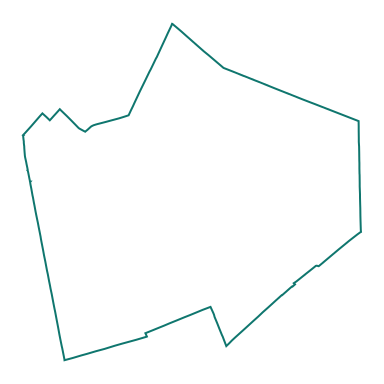 Sandra, Timis, Romania (Albers equal-area conic projection)
{"feature_id": "2599482B18358712742029", "entity_name": "Sandra", "entity_type": "district", "adm_level": 2, "iso_a3": "ROU", "parent_name": "Romania", "parent_adm1": "Timis", "projection": "albers", "projection_center": [20.888, 45.925], "detail": "fine", "context": "isolated", "style": "outline", "palette": "teal", "viewbox_px": 384, "rotation_deg": 0, "n_neighbors": 0, "source": "geoboundaries", "source_scale": "gbopen_adm2", "svg_char_len": 2823}
<svg xmlns="http://www.w3.org/2000/svg" viewBox="0 0 384 384"><path d="M146.7,336.7L146.9,336.6L145.4,333.2L152.6,330.3L157.5,328.3L164.2,325.6L169.6,323.3L177.3,320.2L184.6,317.2L189.7,315.2L195.3,312.9L202.8,309.8L210.5,306.9L213.3,313.0L214.0,314.7L214.6,317.0L217.2,323.2L219.2,328.3L222.0,335.2L222.7,336.6L224.2,340.6L226.3,346.1L229.0,343.5L232.0,340.4L235.0,337.6L242.1,331.2L246.3,327.4L253.3,321.0L258.2,316.6L262.7,312.3L267.9,307.7L275.7,300.6L281.8,295.1L282.1,295.2L289.9,288.3L291.4,287.0L292.2,286.4L292.5,286.6L295.0,284.4L293.8,283.2L296.3,281.5L300.2,278.4L305.9,273.8L312.1,268.9L315.2,266.4L315.8,265.9L316.7,265.7L317.6,265.9L318.2,266.1L318.7,266.2L319.8,265.3L325.5,260.5L332.5,254.6L338.7,249.4L342.0,246.7L349.3,240.7L357.4,234.4L360.7,232.0L361.0,231.9L360.8,230.0L360.5,219.9L360.4,215.7L360.3,208.2L360.2,205.0L360.0,197.4L360.0,194.3L359.7,186.4L359.7,183.2L359.6,174.9L359.5,173.6L359.4,168.5L359.4,163.2L359.3,160.4L359.2,152.0L359.1,146.7L358.8,141.8L358.8,137.9L358.7,130.6L358.7,126.4L358.6,121.1L332.9,111.1L314.4,103.9L311.2,102.7L302.4,99.3L274.4,88.2L257.1,81.2L255.5,80.6L244.3,76.1L243.8,76.0L232.7,71.5L223.5,67.9L215.3,60.9L208.6,55.2L203.8,51.3L199.5,47.5L192.9,41.7L186.1,35.7L181.4,31.5L178.7,29.2L172.4,23.9L172.1,23.8L171.2,26.1L167.8,33.2L165.8,37.6L162.4,44.9L158.2,54.0L157.2,56.2L156.9,56.9L155.9,58.6L153.6,63.4L150.7,69.4L149.5,71.6L145.2,80.5L142.5,86.0L139.9,91.3L138.4,94.5L134.4,103.0L133.0,106.1L131.0,110.2L128.8,114.9L128.6,115.3L128.0,115.5L123.4,117.0L119.2,118.3L114.0,119.7L111.0,120.5L105.5,122.0L100.1,123.4L97.0,124.2L95.6,124.6L94.4,125.0L93.7,125.2L92.2,125.9L91.3,126.4L90.9,126.7L87.4,129.9L86.0,131.0L85.2,131.7L82.9,130.5L79.1,128.4L78.3,127.7L75.7,125.0L71.0,120.2L66.7,115.9L61.5,110.9L59.8,109.2L58.5,110.7L55.7,113.8L53.6,116.1L51.2,118.8L49.8,120.3L46.4,117.0L42.4,113.4L40.5,115.5L39.6,116.5L31.2,126.2L24.8,133.3L23.0,135.2L23.3,135.4L23.1,135.5L23.5,139.4L23.8,141.4L23.8,142.7L23.9,143.8L24.1,145.5L24.2,145.9L24.3,148.3L24.6,152.4L24.8,154.8L24.9,155.9L25.1,157.2L25.5,159.0L26.2,162.2L26.5,163.9L27.3,167.7L27.7,169.8L27.4,170.2L27.7,170.5L28.1,172.0L29.4,178.6L29.8,180.4L29.9,181.2L30.3,181.6L30.5,181.6L30.1,182.1L30.5,184.6L31.3,188.6L32.5,195.4L33.0,197.6L33.9,202.7L34.5,205.7L35.5,211.2L36.1,214.3L37.3,220.1L37.9,222.9L38.7,227.2L39.3,230.2L39.6,231.7L40.6,236.8L40.9,238.8L41.5,242.0L42.3,246.1L43.1,250.2L44.0,255.2L44.6,258.1L45.3,261.5L46.1,265.8L47.0,270.6L47.8,274.2L49.1,281.2L50.0,285.6L50.5,288.4L51.7,294.0L52.0,295.6L53.5,303.6L54.5,308.7L55.1,311.5L56.4,318.4L56.7,320.0L58.1,327.3L59.4,334.5L60.4,339.6L61.8,346.5L62.2,348.1L63.6,355.2L64.4,359.2L64.5,360.2L72.7,358.0L81.4,355.4L86.9,353.9L96.0,351.2L104.6,348.9L114.9,345.7L121.9,343.7L136.2,339.8L146.7,336.7Z" fill="none" stroke="#0f766e" stroke-width="2"/></svg>